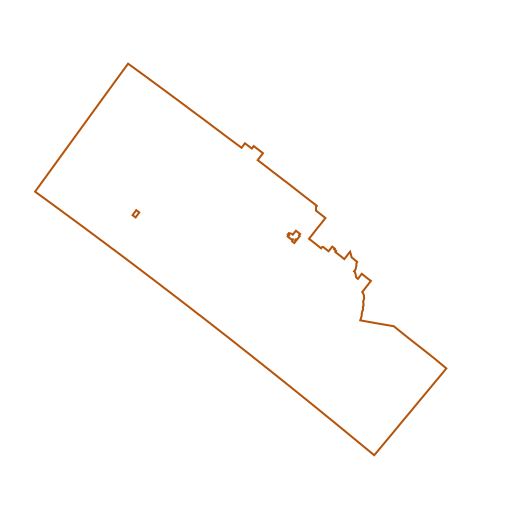 the district of MacDonnell, Northern Territory, Australia, rotated 38°
{"feature_id": "25037944B32264354424251", "entity_name": "MacDonnell", "entity_type": "district", "adm_level": 2, "iso_a3": "AUS", "parent_name": "Australia", "parent_adm1": "Northern Territory", "projection": "albers", "projection_center": [133.822, -24.426], "detail": "fine", "context": "isolated", "style": "outline", "palette": "amber", "viewbox_px": 512, "rotation_deg": 38, "n_neighbors": 0, "source": "geoboundaries", "source_scale": "gbopen_adm2", "svg_char_len": 5447}
<svg xmlns="http://www.w3.org/2000/svg" viewBox="0 0 512 512"><g transform="rotate(38 256 256)"><path d="M475.2,227.4L459.9,226.9L444.3,226.8L428.7,226.8L419.2,226.7L407.8,226.5L394.1,233.9L380.3,241.2L377.8,242.5L377.7,242.2L377.5,241.9L377.4,241.5L377.4,241.3L377.3,241.1L377.0,240.3L376.8,239.9L376.6,239.5L376.4,238.8L376.2,238.4L376.1,238.1L375.7,237.5L375.5,237.2L375.3,236.9L375.0,236.7L374.9,236.6L374.8,236.4L374.7,236.1L374.6,235.9L374.4,235.4L374.3,235.2L374.2,235.0L374.0,234.7L373.9,234.5L373.9,234.3L373.8,234.1L373.7,233.9L373.7,233.7L373.6,233.1L373.6,232.9L373.6,232.7L373.3,232.5L373.1,232.3L373.0,232.2L372.8,231.7L372.7,231.4L372.6,231.2L372.1,230.9L371.9,230.7L371.7,230.5L371.4,230.0L371.3,229.8L371.3,229.5L371.3,228.9L371.2,228.7L371.1,228.4L370.9,228.3L370.8,228.2L370.6,228.1L370.4,228.0L370.3,227.9L370.2,227.8L370.0,227.4L369.9,227.1L369.7,227.0L369.3,226.7L369.1,226.6L368.9,226.5L368.6,226.1L368.4,225.9L368.4,225.7L368.3,225.4L368.3,225.1L368.1,224.7L368.0,224.4L367.7,224.0L367.7,223.9L367.6,223.7L367.6,223.4L367.5,223.1L367.4,222.9L367.0,222.4L366.7,222.3L366.6,222.1L366.4,221.8L366.3,221.7L366.2,221.6L365.8,221.1L365.6,220.9L365.4,220.7L365.0,220.4L364.7,220.3L364.5,220.1L363.9,219.8L363.6,219.6L363.3,219.5L362.9,219.3L362.7,219.3L362.6,219.2L362.2,219.1L361.9,219.0L361.9,204.9L356.6,205.0L355.8,205.0L350.3,204.9L350.4,211.3L348.5,211.2L348.1,211.2L347.3,210.4L346.4,209.7L346.1,209.4L345.8,209.2L345.5,209.0L345.2,208.7L344.9,208.5L343.9,207.9L343.8,207.7L342.7,207.7L342.7,205.3L342.6,205.0L342.4,204.6L342.2,204.3L342.1,204.0L341.7,203.3L341.5,202.9L341.4,202.4L341.2,202.0L341.0,201.7L340.9,201.6L340.8,201.4L339.9,200.5L339.8,200.2L339.7,199.6L339.6,199.3L339.4,198.7L339.3,198.3L336.1,198.3L332.3,198.2L327.5,194.7L327.5,203.8L327.5,204.1L323.9,204.0L318.4,204.0L317.9,204.0L316.6,204.0L316.0,204.0L316.0,203.2L316.0,202.6L313.5,202.6L313.6,201.7L310.3,201.7L310.3,205.9L310.2,207.6L303.5,207.5L302.6,208.1L302.6,208.4L302.6,209.1L302.6,209.9L298.3,209.8L296.7,209.8L287.2,209.8L287.2,194.9L287.3,192.0L287.3,191.2L287.3,183.3L275.3,183.3L273.1,180.5L273.1,179.0L270.1,179.0L268.1,179.0L262.0,179.1L257.5,179.1L248.7,179.1L234.0,179.1L231.1,179.2L223.5,179.2L218.2,179.3L217.3,179.3L213.8,179.3L198.3,179.4L198.2,170.7L186.5,170.8L186.6,173.9L178.6,174.0L177.9,174.0L178.0,179.6L162.4,180.0L157.7,180.1L142.1,180.4L134.9,180.5L119.3,180.9L115.2,181.0L100.9,181.3L86.4,181.7L58.0,182.5L36.8,183.2L37.5,205.5L38.2,225.8L38.8,242.5L42.3,341.3L43.1,341.3L48.5,341.1L52.3,341.0L56.9,340.8L57.7,340.8L58.4,340.8L60.7,340.7L62.3,340.6L62.5,340.6L67.4,340.5L68.3,340.5L70.5,340.4L70.9,340.4L71.0,340.4L71.7,340.4L72.2,340.3L73.3,340.3L76.9,340.2L77.5,340.2L78.0,340.2L81.5,340.1L81.8,340.1L82.2,340.0L82.6,340.0L84.9,340.0L97.7,339.6L98.1,339.6L98.6,339.6L99.6,339.6L100.2,339.5L100.8,339.5L101.0,339.5L101.3,339.5L101.8,339.5L104.5,339.4L104.9,339.4L106.7,339.4L107.0,339.4L107.3,339.4L109.4,339.3L109.7,339.3L109.8,339.3L113.9,339.2L124.7,339.0L125.4,338.9L138.5,338.7L139.2,338.6L140.0,338.6L167.3,338.1L167.6,338.1L168.4,338.1L169.2,338.1L169.9,338.1L182.2,337.9L183.0,337.9L186.8,337.9L187.6,337.8L201.4,337.7L202.9,337.7L203.3,337.7L203.9,337.7L204.5,337.7L205.2,337.6L209.4,337.6L232.9,337.4L233.6,337.4L236.7,337.4L237.5,337.4L247.5,337.4L248.2,337.3L257.0,337.3L257.5,337.3L259.7,337.3L260.1,337.3L262.6,337.3L263.0,337.3L264.2,337.3L265.3,337.3L267.7,337.3L267.9,337.3L268.3,337.3L269.3,337.3L271.2,337.3L272.5,337.3L274.2,337.3L275.5,337.3L275.8,337.3L285.7,337.3L285.8,337.3L288.1,337.3L288.8,337.3L289.2,337.3L290.4,337.3L290.9,337.3L291.5,337.3L292.4,337.3L299.1,337.4L300.2,337.4L300.7,337.4L301.2,337.4L302.3,337.4L303.2,337.4L303.7,337.4L303.8,337.4L304.8,337.4L305.8,337.4L307.4,337.4L309.8,337.4L311.8,337.4L313.5,337.4L314.1,337.4L314.6,337.4L316.5,337.5L317.7,337.5L318.1,337.5L318.8,337.5L320.4,337.5L321.1,337.5L325.0,337.5L325.7,337.5L326.5,337.5L328.0,337.5L329.1,337.5L330.3,337.6L336.6,337.6L350.9,337.8L351.3,337.8L352.7,337.8L353.3,337.8L353.7,337.8L353.8,337.8L356.2,337.8L356.8,337.8L357.3,337.8L358.6,337.9L359.0,337.9L364.8,337.9L366.6,338.0L367.1,338.0L376.5,338.1L380.4,338.2L384.3,338.2L388.3,338.3L400.1,338.5L400.4,338.5L404.2,338.6L408.2,338.7L420.1,338.9L424.1,339.0L428.1,339.1L432.1,339.2L436.1,339.3L444.0,339.5L448.4,339.6L452.0,339.7L455.9,339.8L459.9,339.9L467.9,340.1L471.8,340.2L472.0,335.6L472.0,334.1L472.6,316.3L472.8,309.4L473.2,294.7L473.7,278.5L474.4,254.6L474.6,247.7L474.7,243.8L475.1,232.9L475.1,232.3L475.2,227.4ZM271.9,215.0L271.9,214.9L271.9,214.7L271.9,213.3L271.9,213.1L271.9,212.2L271.9,211.5L273.4,211.5L274.5,211.5L275.0,211.5L275.4,211.5L276.6,211.5L277.2,211.5L277.2,213.3L278.2,213.4L278.2,214.4L278.2,216.5L278.2,217.0L278.2,217.5L278.2,218.2L277.3,218.2L277.3,218.5L277.2,218.6L277.2,218.8L277.2,219.2L277.2,219.5L278.0,219.5L278.2,220.1L278.2,221.8L278.2,222.2L277.0,222.2L276.2,222.2L275.6,222.2L275.4,222.2L275.2,221.2L275.0,220.8L274.9,220.1L274.7,220.2L273.7,221.2L272.6,221.2L271.5,221.2L270.7,221.2L269.2,221.2L269.3,220.9L269.3,220.1L269.3,219.6L268.5,219.8L268.5,219.4L268.5,219.1L267.8,219.3L267.8,217.7L268.6,217.4L268.8,217.3L268.9,217.2L269.1,217.2L270.5,216.5L271.9,216.5L271.9,215.7L271.9,215.0L271.9,215.0ZM133.6,299.8L133.5,298.2L133.5,296.7L133.5,295.1L133.4,293.6L135.0,293.6L136.6,293.5L137.2,293.5L137.3,297.4L137.3,298.2L137.4,299.7L135.5,299.8L133.6,299.8Z" fill="none" stroke="#b45309" stroke-width="2"/></g></svg>